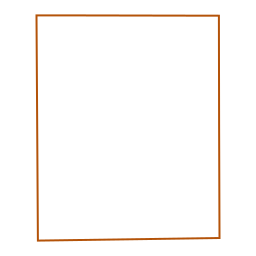 Hale, Texas, United States of America
{"feature_id": "52423323B58430787795097", "entity_name": "Hale", "entity_type": "district", "adm_level": 2, "iso_a3": "USA", "parent_name": "United States of America", "parent_adm1": "Texas", "projection": "equal_earth", "projection_center": [-101.851, 34.069], "detail": "fine", "context": "isolated", "style": "outline", "palette": "amber", "viewbox_px": 256, "rotation_deg": 0, "n_neighbors": 0, "source": "geoboundaries", "source_scale": "gbopen_adm2", "svg_char_len": 203}
<svg xmlns="http://www.w3.org/2000/svg" viewBox="0 0 256 256"><path d="M36.5,15.4L37.9,240.6L219.5,238.0L219.1,125.5L218.9,15.7L68.5,15.4L36.5,15.4Z" fill="none" stroke="#b45309" stroke-width="2"/></svg>